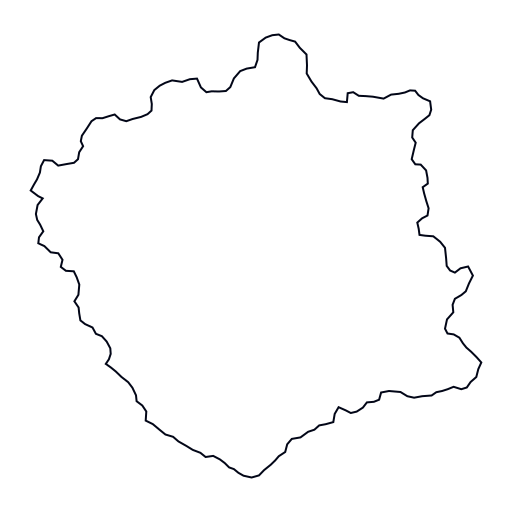 Itaguara, Minas Gerais, Brazil (Albers equal-area conic projection)
{"feature_id": "56859067B20958888091041", "entity_name": "Itaguara", "entity_type": "district", "adm_level": 2, "iso_a3": "BRA", "parent_name": "Brazil", "parent_adm1": "Minas Gerais", "projection": "albers", "projection_center": [-44.527, -20.371], "detail": "fine", "context": "isolated", "style": "outline", "palette": "ink", "viewbox_px": 512, "rotation_deg": 0, "n_neighbors": 0, "source": "geoboundaries", "source_scale": "gbopen_adm2", "svg_char_len": 2781}
<svg xmlns="http://www.w3.org/2000/svg" viewBox="0 0 512 512"><path d="M30.7,190.5L38.1,196.1L42.7,198.4L37.6,205.0L35.9,214.0L37.2,219.9L40.1,224.6L43.3,231.3L39.0,237.3L38.3,243.3L44.4,246.1L50.7,252.3L58.3,253.3L62.5,259.8L60.8,266.9L65.9,270.8L73.8,271.3L76.7,277.3L79.3,284.6L78.4,294.8L74.4,301.3L78.6,307.5L79.2,313.3L80.4,320.4L85.1,324.1L92.5,327.5L95.9,333.8L101.9,336.2L106.7,341.6L110.3,348.3L110.7,353.9L108.9,359.3L105.8,363.9L110.9,367.5L115.7,371.4L121.4,376.9L128.2,382.2L132.4,387.7L136.0,395.3L136.6,401.2L142.3,405.5L146.3,411.5L145.7,420.6L152.8,424.1L159.5,429.7L165.4,434.5L173.1,436.8L178.4,441.4L186.3,445.9L192.8,449.9L200.4,452.8L205.6,457.0L213.2,455.9L219.9,459.4L224.8,463.1L229.1,467.4L233.9,469.1L238.4,472.8L243.5,475.7L251.6,477.5L259.0,475.4L264.1,470.1L270.8,464.7L275.3,460.3L278.8,456.2L285.2,452.0L287.2,444.3L291.8,438.9L300.5,437.4L308.1,431.8L314.4,429.7L319.2,425.4L325.7,424.2L333.3,422.1L334.7,413.9L338.6,407.2L345.6,410.3L350.8,413.0L356.7,411.6L362.9,407.6L366.9,402.4L373.9,401.8L379.1,399.7L381.1,392.5L389.0,391.0L400.5,392.0L407.3,396.2L414.1,397.7L422.2,396.2L431.6,395.5L436.3,392.2L442.1,391.0L447.7,389.2L453.6,386.8L461.3,389.2L466.8,387.5L470.6,382.0L476.3,377.0L478.3,369.1L481.3,362.5L476.8,357.4L471.2,351.8L466.4,347.6L463.0,343.4L459.4,337.7L453.7,334.4L447.5,333.5L445.0,328.7L447.0,319.4L453.3,312.3L452.6,304.8L454.9,298.8L461.4,295.0L465.8,291.3L469.0,283.4L472.9,275.6L468.1,266.5L460.5,268.3L454.9,272.6L450.1,270.5L446.7,265.9L446.1,258.1L445.0,247.8L440.2,241.8L433.3,236.3L425.2,235.7L419.5,234.9L418.7,228.8L417.3,222.6L422.1,218.3L427.5,215.5L428.6,208.3L426.3,201.1L424.1,193.3L422.7,187.2L427.8,183.6L427.5,177.9L426.1,170.4L420.7,164.6L415.3,164.3L411.7,159.2L413.9,149.8L415.7,142.7L412.2,137.5L412.8,130.2L419.0,123.3L424.9,118.8L429.4,115.2L431.2,109.7L430.1,101.3L423.0,98.3L418.4,95.0L415.1,90.7L410.0,90.4L404.9,92.5L398.7,93.8L391.1,94.6L383.6,98.6L372.9,96.7L365.5,96.1L358.8,95.8L353.2,92.2L347.7,93.2L346.9,102.1L340.6,101.5L332.2,99.2L324.9,98.2L319.7,94.0L316.6,88.3L311.5,81.6L306.7,73.5L307.0,65.4L306.5,54.5L299.8,47.8L295.1,41.6L289.7,40.1L284.4,38.3L278.8,34.5L272.3,35.2L265.7,37.6L259.0,42.5L257.8,52.6L257.5,59.9L255.0,67.2L246.7,68.6L240.2,71.1L233.9,78.4L230.3,87.1L225.9,91.0L218.9,91.5L211.7,91.3L206.4,92.2L200.9,87.4L197.0,78.6L189.9,79.2L182.1,81.9L172.1,80.4L165.3,82.8L159.7,85.7L154.3,90.1L150.7,97.1L151.8,104.0L151.5,110.6L147.5,114.2L141.1,116.9L132.6,119.0L126.3,121.2L120.0,119.4L114.7,114.5L109.1,116.1L102.5,118.2L96.1,118.1L91.5,121.2L86.8,128.5L81.9,135.7L80.8,141.2L83.1,146.2L79.2,152.2L78.0,159.2L74.0,162.8L66.9,164.0L58.2,165.6L52.3,160.7L44.1,160.1L40.9,166.2L39.9,172.6L37.0,179.4L34.1,184.3L30.7,190.5Z" fill="none" stroke="#020617" stroke-width="2"/></svg>